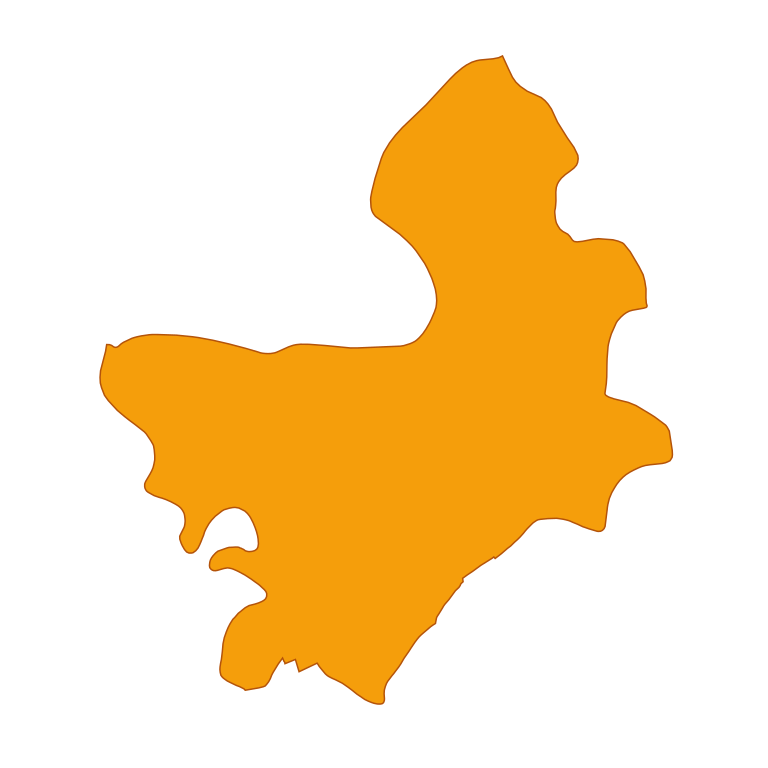 outline of Vinh Bao, Hải Phòng, Vietnam, rotated 266°
{"feature_id": "81297802B55266176914642", "entity_name": "Vinh Bao", "entity_type": "district", "adm_level": 2, "iso_a3": "VNM", "parent_name": "Vietnam", "parent_adm1": "Hải Phòng", "projection": "orthographic", "projection_center": [106.477, 20.681], "detail": "fine", "context": "isolated", "style": "filled", "palette": "amber", "viewbox_px": 768, "rotation_deg": 266, "n_neighbors": 0, "source": "geoboundaries", "source_scale": "gbopen_adm2", "svg_char_len": 6127}
<svg xmlns="http://www.w3.org/2000/svg" viewBox="0 0 768 768"><g transform="rotate(266 384 384)"><path d="M88.2,224.2L89.6,237.9L90.4,242.4L91.1,244.5L92.8,246.2L95.1,248.2L98.1,250.1L101.5,251.7L104.1,253.3L112.1,259.0L117.7,263.7L114.2,264.9L113.5,265.5L111.9,265.7L115.4,276.4L102.9,279.2L110.2,297.8L108.7,298.7L106.9,299.6L104.3,301.4L98.9,305.3L97.0,307.2L95.9,308.7L93.9,312.0L92.4,314.9L90.8,317.6L88.4,321.6L83.9,327.2L80.4,331.2L78.7,333.0L76.4,335.5L70.6,342.9L68.6,346.4L67.2,349.3L66.2,351.7L65.3,354.9L65.1,356.5L65.0,358.4L65.3,360.1L66.2,361.3L67.4,361.9L68.5,362.3L70.0,362.5L75.1,362.5L78.7,363.0L82.1,364.2L85.1,365.6L87.1,366.9L92.7,371.8L94.2,373.3L97.0,375.7L100.5,378.8L103.7,381.3L108.9,384.8L115.6,390.2L118.7,392.5L124.2,396.8L127.1,399.3L129.3,401.4L131.1,403.5L133.3,406.4L138.7,413.7L140.1,416.0L141.5,418.6L146.8,420.0L148.1,420.6L151.0,422.8L156.3,426.6L158.4,428.0L160.1,429.4L164.4,433.7L172.8,440.8L175.8,444.5L177.2,445.6L177.8,446.0L178.9,446.5L179.3,446.8L180.2,447.8L181.2,449.1L184.7,448.9L188.0,454.2L190.9,459.3L196.4,468.0L202.5,479.5L203.8,481.5L202.2,482.7L204.7,486.5L206.8,489.6L211.4,495.7L213.6,499.1L217.2,503.3L219.4,506.2L221.9,509.1L225.3,512.6L227.5,514.6L229.6,516.7L234.0,521.7L235.3,523.3L237.2,526.6L237.8,528.1L238.1,530.7L238.3,538.0L238.1,543.7L238.0,546.8L237.5,549.3L236.6,553.3L235.8,556.0L234.8,558.9L234.1,560.4L233.0,562.4L230.6,567.3L227.7,572.5L226.9,574.5L225.2,578.4L222.3,586.1L222.0,587.3L222.0,589.8L222.8,591.7L224.3,593.4L226.5,594.6L243.4,597.9L245.2,598.2L248.2,598.9L254.1,600.8L259.7,603.6L263.9,606.4L267.6,609.1L271.3,612.4L274.3,615.8L276.7,619.1L278.9,623.1L280.7,627.1L282.6,632.0L283.7,635.3L284.5,639.1L284.9,643.9L285.3,656.0L285.8,659.3L286.6,661.7L287.5,663.9L288.9,665.0L290.8,666.3L293.3,666.8L297.6,666.9L317.2,665.3L321.3,663.4L323.3,662.1L326.8,658.1L332.2,651.8L335.1,647.9L344.9,633.9L348.6,626.4L353.2,612.2L353.8,610.9L354.5,609.1L355.4,607.1L357.1,604.7L357.7,604.2L359.0,603.7L369.0,605.8L375.5,606.7L387.4,607.7L393.6,608.3L405.7,610.1L408.5,610.8L412.8,612.2L418.2,614.3L428.8,619.9L430.7,621.3L434.2,624.9L436.7,628.1L438.3,630.8L439.6,633.8L440.3,637.1L441.5,648.3L442.1,650.9L442.7,651.6L443.7,651.9L446.3,651.3L451.6,651.3L460.7,652.0L468.6,651.3L475.0,650.1L483.2,646.6L498.8,638.8L506.8,633.2L508.1,631.8L510.2,627.5L511.9,622.4L514.0,608.0L513.8,602.6L512.5,591.9L512.3,586.5L512.9,583.7L514.4,582.0L518.1,579.8L520.6,577.8L523.7,573.0L526.2,570.4L529.4,568.6L532.3,567.3L534.0,566.9L536.9,566.5L542.7,566.3L544.5,566.4L545.9,566.7L547.0,567.1L550.3,567.7L554.6,568.3L563.5,568.8L568.1,569.6L571.3,570.9L573.7,572.4L577.0,575.3L580.3,579.5L583.1,584.0L586.2,588.6L588.9,591.3L591.5,592.6L595.1,593.4L598.6,593.3L606.8,590.0L617.0,583.9L633.0,575.4L646.6,570.2L651.9,567.1L655.5,564.3L658.7,560.9L666.1,547.3L671.4,540.7L675.9,536.6L681.1,533.5L689.7,530.1L703.0,525.1L701.5,521.1L700.8,515.4L700.5,502.3L700.1,499.0L698.9,494.1L696.5,488.6L693.9,484.2L688.8,477.1L683.8,471.3L659.4,445.3L638.6,420.3L631.6,413.0L624.2,406.4L614.9,399.9L609.3,397.1L589.9,389.5L577.2,385.4L571.1,383.8L568.8,383.5L561.3,383.4L558.3,383.9L556.2,384.6L554.5,385.4L551.8,387.2L532.4,410.1L525.5,416.7L519.7,421.7L514.8,425.2L501.7,432.9L496.1,435.4L486.1,439.1L481.2,440.4L475.2,441.8L469.4,442.4L463.6,442.4L459.5,441.8L456.7,441.2L452.4,439.4L445.2,435.7L441.4,433.5L435.9,429.8L431.4,426.2L427.8,422.5L425.7,419.9L424.5,418.1L423.3,415.4L422.4,412.8L420.9,406.4L420.6,403.0L421.8,360.5L422.3,353.0L426.5,327.9L428.8,312.1L429.5,303.4L429.4,299.5L429.0,296.4L428.3,293.6L427.7,291.4L423.4,279.7L422.7,277.3L422.5,275.3L422.3,273.1L422.4,270.6L422.6,268.4L423.1,265.3L423.7,263.0L424.7,260.6L429.3,248.2L434.8,232.0L439.6,216.3L443.3,201.9L444.5,196.2L447.2,180.3L449.1,161.8L449.5,156.6L449.5,153.2L448.9,145.1L448.3,140.9L447.8,138.3L447.2,135.8L446.1,133.0L443.8,127.1L442.4,124.6L440.5,122.2L439.7,121.0L439.3,119.6L439.3,118.3L439.9,116.9L441.5,115.0L442.4,112.9L442.7,110.1L435.9,108.5L417.1,102.2L410.5,101.2L404.7,101.1L400.0,102.0L392.2,104.4L386.7,107.8L376.2,116.2L369.6,123.0L365.8,127.2L361.0,132.8L353.0,141.6L350.9,143.3L344.0,147.3L339.9,149.3L338.4,149.8L336.4,150.0L334.5,150.2L328.3,150.3L324.3,150.0L320.4,149.0L316.7,147.8L313.5,146.2L310.5,144.3L303.5,139.5L302.1,138.8L300.9,138.3L298.4,138.1L296.8,138.3L295.2,138.9L293.8,139.7L292.4,141.2L288.7,146.9L286.6,151.8L285.7,154.4L284.0,158.3L281.6,162.9L278.7,167.6L276.6,170.5L274.7,172.4L272.7,173.8L271.0,174.7L268.7,175.6L266.7,175.9L263.4,176.1L261.2,176.1L260.0,175.9L258.2,175.6L255.9,175.0L254.8,174.5L248.2,170.6L246.4,169.6L243.4,169.5L239.2,170.6L236.6,171.6L232.7,173.5L230.2,175.4L229.0,177.6L228.8,180.0L229.0,181.7L230.8,184.6L233.3,187.0L236.5,188.9L239.8,190.6L242.8,192.0L245.6,193.4L249.0,194.7L252.1,196.4L254.5,198.0L257.0,199.7L258.7,201.2L260.2,202.5L263.9,206.5L265.3,208.6L268.5,213.3L269.7,215.6L270.3,218.3L270.9,221.0L271.3,224.4L271.3,226.8L270.4,230.6L267.0,236.3L264.3,238.8L261.7,240.6L259.6,241.7L254.7,243.8L249.5,245.5L245.7,246.5L241.5,247.3L238.2,247.6L233.4,247.6L230.3,246.9L228.6,246.0L227.7,244.9L226.9,243.6L226.4,241.7L226.2,240.0L226.2,237.6L226.6,235.9L227.3,234.0L228.6,232.6L229.1,231.8L229.4,231.1L230.1,230.1L230.5,228.9L231.2,227.9L231.5,226.5L231.7,224.6L231.7,221.1L231.8,218.9L231.8,218.0L231.4,215.9L228.8,206.6L227.2,204.3L224.7,201.6L222.7,199.9L220.6,198.6L218.4,197.8L216.3,197.4L214.9,197.2L212.9,197.4L211.3,198.5L210.3,199.7L209.7,201.1L209.5,202.9L209.7,204.8L211.1,211.3L211.5,215.0L211.1,217.0L210.3,219.6L209.4,221.5L208.2,223.8L207.0,225.9L203.4,231.6L201.8,233.8L198.5,238.1L195.7,241.4L193.5,244.1L191.9,245.9L189.3,248.3L187.3,250.2L185.2,251.7L183.0,252.4L180.2,252.1L178.0,250.9L176.6,249.1L175.6,247.1L174.4,243.7L173.5,240.1L172.4,234.0L170.5,229.9L165.4,222.6L161.6,218.9L159.8,216.8L155.4,213.6L151.9,211.5L147.7,209.4L142.1,207.0L136.1,205.3L128.0,204.0L120.7,202.6L116.7,201.5L113.1,200.7L110.6,200.4L107.7,200.5L104.8,201.0L103.2,202.0L101.9,203.1L100.5,204.7L98.7,206.9L97.2,209.4L93.6,215.7L92.2,218.8L89.7,223.0L88.2,224.2Z" fill="#f59e0b" stroke="#b45309" stroke-width="1.5"/></g></svg>